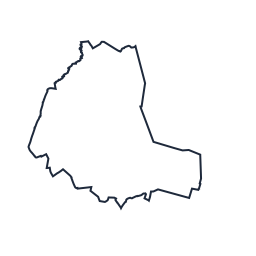 Veldhoven, Noord-Brabant, Netherlands (Albers equal-area conic projection), rotated 203°
{"feature_id": "6326949B72030349627304", "entity_name": "Veldhoven", "entity_type": "district", "adm_level": 2, "iso_a3": "NLD", "parent_name": "Netherlands", "parent_adm1": "Noord-Brabant", "projection": "albers", "projection_center": [5.404, 51.408], "detail": "fine", "context": "isolated", "style": "outline", "palette": "slate", "viewbox_px": 256, "rotation_deg": 203, "n_neighbors": 0, "source": "geoboundaries", "source_scale": "gbopen_adm2", "svg_char_len": 5395}
<svg xmlns="http://www.w3.org/2000/svg" viewBox="0 0 256 256"><g transform="rotate(203 128 128)"><path d="M153.1,206.3L153.3,205.9L153.4,205.6L153.7,205.1L154.0,204.8L154.3,204.5L155.0,204.1L155.8,203.6L156.2,203.4L156.4,203.4L156.6,203.4L156.8,203.4L157.2,203.7L157.9,203.9L158.2,204.0L158.7,204.0L159.1,204.0L159.5,203.9L159.7,203.7L160.1,203.4L161.5,202.1L162.0,201.6L162.4,201.2L162.5,201.0L163.0,200.1L163.3,199.8L163.2,199.7L164.2,199.0L164.4,198.7L164.5,198.3L164.5,197.9L164.6,196.1L164.6,195.9L164.7,195.7L165.0,195.3L166.0,195.5L166.2,195.4L166.4,195.3L167.7,195.4L171.2,195.9L174.3,196.4L183.8,197.9L185.8,197.1L186.1,196.4L186.5,194.3L191.5,187.6L194.1,189.6L195.0,189.9L196.0,190.7L196.3,190.9L197.2,191.4L198.6,192.3L199.1,191.8L204.8,188.7L204.6,188.5L204.4,188.2L204.1,187.8L203.9,187.5L203.7,187.4L203.5,187.0L203.5,186.8L203.5,186.7L204.2,186.3L204.3,186.2L204.2,185.9L203.8,185.7L203.4,185.4L203.1,185.4L202.8,185.4L202.6,185.2L202.3,184.9L202.2,184.8L202.3,184.6L203.4,183.3L203.5,183.0L203.4,182.9L203.2,182.9L203.0,183.0L202.7,183.3L202.5,183.7L202.4,183.7L202.2,183.7L202.1,183.3L202.2,183.0L202.7,182.4L203.0,182.0L203.2,181.8L203.0,181.7L202.9,181.6L202.2,181.8L201.9,181.9L201.4,181.5L201.1,181.2L201.5,180.8L201.5,180.5L201.1,179.8L200.8,179.3L200.6,179.3L200.4,179.5L200.1,179.5L199.9,179.4L199.6,179.0L199.3,178.5L199.1,178.2L198.5,177.8L198.3,177.6L198.2,177.4L198.2,176.6L198.3,176.3L199.1,176.0L199.1,175.9L199.3,175.7L199.3,175.4L199.4,175.2L199.3,174.9L199.2,174.7L198.8,174.5L197.9,174.6L197.7,174.4L197.9,174.1L198.1,173.9L198.5,173.5L198.9,173.2L199.0,173.0L199.0,172.9L198.9,172.8L198.4,172.1L198.3,171.9L198.4,171.7L198.6,171.3L199.1,170.5L199.2,170.3L199.4,170.2L199.8,170.3L200.0,170.2L200.2,169.9L200.4,169.4L200.5,169.3L200.7,169.2L200.8,169.0L200.9,168.7L201.2,168.2L201.8,167.8L201.8,167.7L201.8,167.3L201.1,167.2L201.0,166.9L203.6,165.7L204.0,165.4L204.2,165.1L204.3,164.3L204.2,163.7L204.2,163.3L204.3,163.0L204.4,162.9L204.9,162.4L205.0,162.2L205.0,161.9L205.2,161.6L205.3,161.5L205.6,161.2L205.9,160.8L206.5,159.8L206.5,159.7L206.4,159.6L206.2,159.6L205.8,159.7L205.4,159.8L205.3,159.7L205.1,159.5L205.1,159.2L205.3,158.7L205.4,158.4L205.2,158.0L205.0,157.8L205.0,157.6L205.1,157.3L205.4,157.0L205.4,156.9L205.3,156.5L205.0,155.6L205.0,155.4L206.5,153.4L207.2,152.9L207.5,152.6L207.7,152.2L208.0,151.3L207.9,151.2L207.2,151.0L207.0,150.9L207.0,150.6L207.3,150.3L207.6,150.3L208.0,150.1L208.4,149.7L208.6,149.5L208.6,149.4L208.3,149.3L207.8,149.3L207.7,149.3L207.7,149.2L207.7,148.8L207.7,148.5L207.8,148.1L208.0,147.8L208.8,146.9L209.2,146.0L209.6,145.4L210.0,145.3L210.4,145.5L210.5,145.5L210.7,145.3L210.7,145.2L210.7,144.5L210.7,144.4L210.8,144.2L210.9,143.8L211.9,142.9L212.3,142.5L212.5,142.2L212.1,141.5L212.1,141.4L212.7,141.0L213.0,140.8L213.1,140.6L212.8,140.1L212.7,140.0L212.4,139.5L212.2,139.3L211.0,137.3L209.9,135.8L213.5,134.9L214.1,134.7L215.3,134.2L215.7,133.9L215.8,133.8L216.2,133.4L216.6,133.0L217.0,132.3L217.1,132.0L217.1,131.7L217.1,131.4L217.1,131.2L216.9,131.1L216.7,131.0L216.6,130.9L216.5,130.5L216.5,129.8L216.5,128.7L216.6,127.2L216.6,125.8L216.6,125.3L216.6,124.8L216.4,121.8L216.5,121.6L216.4,121.5L216.4,121.1L216.4,120.7L216.3,120.3L216.2,118.9L216.4,118.7L216.5,118.6L216.5,118.3L216.3,118.2L216.2,118.1L215.6,115.3L215.2,111.2L215.0,110.1L215.0,109.8L215.0,109.6L214.9,109.5L214.8,109.0L214.7,108.7L214.2,107.6L214.0,107.2L213.6,105.4L213.3,105.3L213.2,104.3L213.7,104.2L213.8,103.9L213.8,103.7L213.7,101.8L213.7,101.4L213.7,100.9L213.9,100.1L214.0,98.9L214.0,98.3L214.0,96.8L213.9,94.6L213.8,93.3L213.8,92.9L213.9,92.4L214.1,92.3L214.1,91.6L213.9,91.6L213.7,91.4L213.4,87.5L213.2,84.8L213.2,83.9L212.9,80.3L212.6,78.2L212.5,77.3L212.4,75.6L212.4,74.3L212.3,72.6L212.2,71.8L212.1,71.6L211.9,71.4L210.3,69.7L209.6,69.1L207.9,68.1L207.3,67.9L204.7,66.6L203.0,65.6L202.9,65.7L201.6,64.9L200.7,65.1L200.4,65.3L197.3,68.3L196.6,67.8L193.1,71.9L189.3,68.7L187.2,59.4L186.2,59.9L184.5,60.9L182.9,58.3L182.5,57.7L182.0,57.2L181.3,56.5L180.3,55.8L180.0,55.5L178.6,54.5L178.2,54.2L175.4,58.8L175.2,59.1L174.7,59.6L172.9,62.4L172.2,63.7L171.7,64.6L162.5,61.5L162.1,61.3L161.8,61.1L161.3,60.7L161.1,60.7L160.8,60.6L160.6,60.4L160.5,60.2L160.5,59.8L159.0,58.3L159.0,58.2L156.2,55.3L153.8,53.1L153.4,52.8L152.9,52.6L152.6,52.6L152.1,52.6L151.5,52.8L151.1,53.1L150.7,52.5L138.7,59.3L138.0,55.5L128.6,53.0L127.9,52.2L125.5,49.7L120.4,50.9L120.2,51.1L119.9,51.4L118.6,53.4L118.5,54.2L118.7,56.5L113.7,58.4L113.5,58.5L111.4,58.4L111.5,57.0L111.5,56.9L111.3,56.7L108.8,55.1L108.7,55.2L103.5,51.9L103.3,51.7L103.1,51.5L103.0,52.8L102.6,55.1L101.7,58.7L101.6,58.9L101.2,59.1L101.3,60.3L101.5,61.1L101.5,61.4L101.4,61.7L101.3,62.0L100.8,62.7L100.4,63.2L100.2,63.4L99.1,64.4L98.9,64.5L98.4,64.7L97.8,64.6L97.3,64.7L97.0,64.8L96.8,64.9L96.6,65.1L96.4,65.5L95.3,66.7L94.2,68.0L92.9,69.1L92.5,69.0L92.4,69.1L90.6,70.5L89.8,71.1L89.7,71.3L89.3,71.7L88.7,72.9L88.3,73.6L88.2,73.7L87.1,74.2L86.9,74.3L86.5,74.6L85.6,74.1L85.3,69.7L81.1,69.5L80.9,69.5L80.4,69.3L80.8,73.1L82.0,78.5L79.8,79.5L76.4,83.2L44.4,87.5L45.4,97.2L39.3,98.5L39.5,99.0L38.9,99.7L39.0,99.8L39.5,104.8L40.3,104.9L41.0,110.0L51.1,131.7L63.5,131.5L69.0,128.7L77.6,127.6L99.1,125.2L113.3,140.2L123.6,151.0L125.0,152.6L123.9,153.2L125.9,160.8L129.4,174.4L129.7,175.8L134.6,182.2L152.6,205.5L152.7,205.8L153.1,206.3Z" fill="none" stroke="#1e293b" stroke-width="2"/></g></svg>